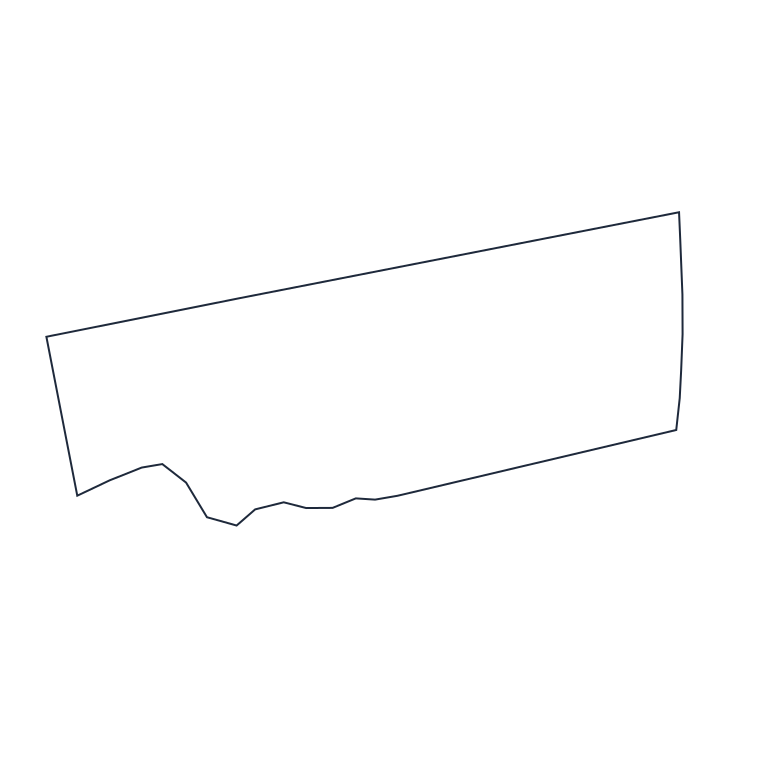 Madre de Deus, Brazil, rotated 169°
{"feature_id": "56859067B85050337998632", "entity_name": "Madre de Deus", "entity_type": "district", "adm_level": 2, "iso_a3": "BRA", "parent_name": "Brazil", "parent_adm1": "", "projection": "equal_earth", "projection_center": [-38.635, -12.74], "detail": "fine", "context": "isolated", "style": "outline", "palette": "slate", "viewbox_px": 768, "rotation_deg": 169, "n_neighbors": 0, "source": "geoboundaries", "source_scale": "gbopen_adm2", "svg_char_len": 448}
<svg xmlns="http://www.w3.org/2000/svg" viewBox="0 0 768 768"><g transform="rotate(169 384 384)"><path d="M706.4,332.9L671.6,341.8L637.8,348.2L616.9,347.7L597.1,325.0L583.2,287.0L555.7,273.2L534.4,285.5L505.0,287.0L484.1,277.1L458.1,272.2L433.5,277.1L414.8,272.2L392.1,271.7L105.9,283.1L96.4,313.7L89.8,340.3L81.4,375.9L74.0,414.8L65.6,469.6L61.6,496.3L509.8,495.8L706.4,494.8L706.4,332.9Z" fill="none" stroke="#1e293b" stroke-width="2"/></g></svg>